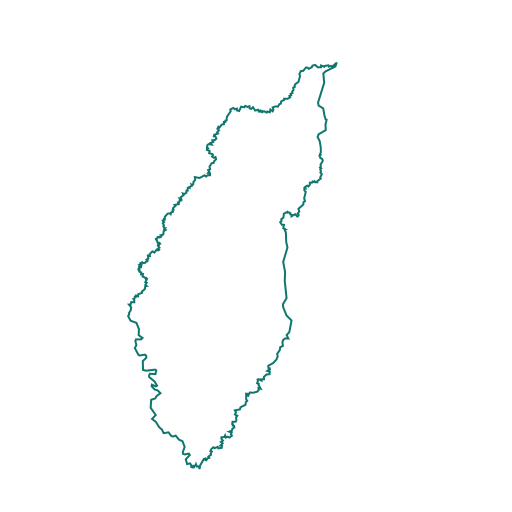 Moei Wadi, Roi Et, Thailand (Mercator projection), rotated 321°
{"feature_id": "78962969B61419736796761", "entity_name": "Moei Wadi", "entity_type": "district", "adm_level": 2, "iso_a3": "THA", "parent_name": "Thailand", "parent_adm1": "Roi Et", "projection": "mercator", "projection_center": [104.111, 16.372], "detail": "fine", "context": "isolated", "style": "outline", "palette": "teal", "viewbox_px": 512, "rotation_deg": 321, "n_neighbors": 0, "source": "geoboundaries", "source_scale": "gbopen_adm2", "svg_char_len": 6105}
<svg xmlns="http://www.w3.org/2000/svg" viewBox="0 0 512 512"><g transform="rotate(321 256 256)"><path d="M118.8,222.2L117.8,227.4L121.0,232.7L119.0,239.2L115.0,243.7L116.2,248.3L114.3,248.5L110.2,245.3L108.8,246.1L106.9,250.0L103.9,251.3L102.4,258.9L103.1,260.2L107.6,262.7L107.9,264.5L106.6,266.1L101.9,266.4L96.5,273.5L98.4,276.0L106.1,280.8L106.5,282.1L103.5,284.5L99.4,280.7L97.4,281.8L96.8,282.9L98.2,289.6L97.5,294.5L96.1,294.3L94.1,290.5L92.9,291.6L93.3,296.1L95.0,298.6L95.4,302.5L90.5,302.3L88.2,303.3L84.0,301.8L78.6,307.7L78.0,316.5L72.7,317.2L73.8,322.0L73.0,328.1L73.7,331.8L72.7,335.5L77.0,338.0L76.9,342.8L78.3,344.3L80.5,345.0L80.6,350.3L82.3,353.7L80.4,359.5L75.6,362.4L74.8,363.9L75.9,365.5L79.4,367.3L79.3,369.0L73.5,369.8L71.5,374.4L74.2,375.6L74.1,377.6L72.9,379.3L73.7,380.4L74.4,379.5L75.1,380.9L75.7,379.9L77.1,380.9L78.3,380.1L77.6,382.4L78.9,383.4L78.2,386.1L80.3,383.8L87.8,380.9L89.1,381.5L88.3,382.8L88.8,383.5L91.0,382.7L92.6,383.4L92.8,381.9L95.9,382.2L96.2,381.2L98.5,380.2L97.8,378.9L100.0,377.9L102.5,377.8L102.9,379.3L106.0,380.2L105.7,381.8L108.6,383.5L110.1,382.1L109.0,380.9L112.2,380.6L111.7,378.4L114.1,378.7L114.1,376.2L115.1,375.1L117.4,376.8L119.1,376.0L118.3,378.1L120.3,378.6L121.1,380.4L124.2,380.5L124.3,378.8L125.9,377.9L124.6,375.6L127.4,376.6L128.7,375.5L131.3,375.6L132.0,374.3L131.2,373.2L132.2,372.4L131.8,371.5L133.4,370.1L136.0,372.0L137.3,371.4L139.0,368.8L140.9,368.4L139.9,365.9L142.1,364.9L142.4,362.7L147.0,365.1L148.8,363.8L154.1,365.0L156.3,363.1L158.0,363.1L158.2,361.2L161.7,356.8L162.5,357.6L161.6,358.8L161.9,359.7L165.3,358.2L167.6,360.4L171.5,362.2L173.7,361.9L174.8,360.2L176.1,362.1L176.9,357.8L177.7,357.1L176.8,355.6L178.8,354.4L179.5,353.0L180.6,353.5L181.8,356.3L182.5,355.2L184.6,356.8L186.1,354.9L189.6,354.7L192.2,356.4L193.8,354.7L192.5,352.5L195.4,353.0L195.9,351.8L195.1,351.1L196.4,349.0L202.0,350.0L206.7,349.3L209.7,347.7L210.8,345.4L215.2,344.1L217.5,342.1L220.3,342.8L222.3,339.6L224.4,338.3L227.0,338.5L229.2,340.5L230.1,336.7L234.0,336.1L243.0,328.5L242.3,321.3L244.9,312.9L246.6,310.4L253.2,308.0L262.7,293.4L268.5,286.8L273.4,277.7L285.8,269.2L288.2,264.3L294.0,256.5L294.8,253.4L295.6,253.8L294.8,251.4L297.3,249.4L295.8,248.0L296.1,244.9L298.0,244.8L298.8,243.3L301.5,243.4L304.2,240.7L308.2,241.4L308.0,242.4L309.2,242.9L309.6,244.3L308.9,245.2L309.6,246.4L308.6,247.5L312.8,248.2L312.9,251.3L313.9,251.5L315.0,251.0L315.1,249.2L317.5,248.8L318.7,246.0L325.1,245.8L326.7,244.1L328.6,244.2L329.8,241.4L335.0,237.5L334.9,235.4L336.3,233.7L337.1,234.7L337.6,233.3L340.0,233.5L340.4,234.9L342.7,234.5L344.0,232.9L345.6,234.2L346.9,233.7L347.5,235.0L348.6,234.8L348.6,236.1L350.1,237.3L351.0,236.4L355.0,236.6L355.4,235.3L358.7,233.8L358.6,231.6L359.7,231.2L360.5,229.0L361.7,229.0L361.5,227.5L362.5,227.5L363.7,225.6L367.8,224.1L368.6,222.3L367.7,220.5L368.5,217.9L369.9,218.0L369.7,217.3L371.8,216.1L374.7,212.3L377.8,206.8L378.8,202.2L381.3,200.8L389.4,202.1L392.7,197.6L396.6,194.6L396.2,193.4L397.2,190.7L401.1,183.6L399.3,178.5L400.8,175.8L418.0,164.3L423.2,156.5L426.3,156.3L436.9,158.7L440.5,156.5L434.1,156.8L434.0,155.5L431.8,154.7L432.3,153.4L428.8,151.4L428.1,151.8L426.5,148.9L425.3,150.2L422.8,148.2L422.2,144.7L419.7,143.6L418.2,144.4L414.7,143.7L414.6,142.0L413.5,141.0L409.1,141.8L407.1,140.5L404.1,142.0L403.6,143.8L398.5,147.4L394.7,147.2L393.1,147.9L392.6,149.0L390.9,148.6L389.5,150.7L387.7,150.9L386.9,152.3L385.0,151.7L384.5,153.2L382.6,152.7L382.3,154.2L379.4,153.7L376.9,151.5L376.2,152.4L372.8,151.7L371.2,153.2L369.6,152.7L367.0,153.7L365.3,152.0L362.5,151.0L361.6,153.2L360.0,154.0L359.4,151.2L357.1,153.0L355.7,150.8L354.5,151.2L353.4,148.6L351.4,148.1L351.9,147.2L350.3,146.6L350.8,145.7L349.1,145.4L349.7,143.7L346.9,142.5L347.3,138.5L344.9,138.7L344.0,137.2L345.2,135.5L343.1,134.7L342.1,132.6L340.4,133.0L338.4,130.6L334.1,132.7L332.8,130.7L333.9,129.5L331.9,128.5L331.6,126.7L328.3,125.9L327.4,127.6L321.0,129.5L318.5,132.1L317.4,131.5L316.5,132.5L315.4,131.6L314.0,133.4L312.1,132.3L308.3,133.2L308.1,131.9L306.1,132.8L306.3,135.1L303.7,135.3L303.6,136.9L299.8,135.5L298.6,136.4L299.7,137.5L299.1,139.8L297.0,140.0L295.0,138.6L294.6,140.5L291.8,139.5L291.7,141.5L289.6,139.2L287.9,139.3L286.2,140.8L286.5,142.1L285.2,141.9L284.6,142.7L286.1,145.1L284.3,146.6L286.3,149.5L286.1,150.5L284.4,151.1L285.1,153.2L286.8,153.6L285.9,155.7L282.9,156.0L281.7,157.0L279.9,156.0L276.1,157.3L274.9,159.7L272.8,159.1L272.7,161.1L271.0,161.3L272.3,162.8L271.1,164.3L269.2,162.8L267.2,162.8L266.8,160.9L261.3,159.9L258.1,156.2L256.6,158.6L253.9,159.1L252.7,160.5L251.3,160.9L250.9,160.0L250.6,161.1L248.1,160.6L247.3,161.4L246.8,160.2L245.7,160.2L244.1,162.2L243.1,161.4L241.5,163.1L239.5,162.7L238.5,161.4L238.0,163.1L234.5,163.0L233.7,164.9L232.8,163.4L232.4,165.4L231.6,164.8L230.0,166.0L229.1,165.4L228.6,167.0L224.9,165.1L224.9,166.3L221.6,166.6L221.0,168.2L220.0,167.9L219.3,169.4L217.7,168.7L216.0,169.8L215.9,168.7L214.1,167.5L209.9,168.1L208.2,170.1L207.1,168.7L207.4,170.1L205.8,169.9L206.0,171.8L204.3,171.8L203.8,174.2L202.7,174.5L202.3,176.7L202.9,177.2L201.5,177.5L202.1,178.9L199.8,178.6L197.6,180.9L195.2,180.0L195.5,180.8L193.8,181.4L192.7,180.3L191.7,181.0L192.2,180.0L191.5,179.4L190.1,180.1L188.1,179.5L189.2,180.3L187.9,183.8L189.2,184.9L189.2,186.1L187.3,185.6L187.2,186.5L186.2,186.4L186.2,188.7L184.3,188.7L184.6,190.2L183.5,190.1L182.6,188.6L179.2,189.4L178.4,187.2L174.3,187.7L173.5,189.3L172.2,187.7L170.7,190.2L169.0,189.9L169.3,190.9L168.3,191.7L167.0,191.0L165.8,191.6L163.8,190.5L163.7,189.3L161.6,188.8L161.5,190.4L160.1,189.7L160.6,191.4L159.6,192.3L158.5,190.8L157.2,192.8L157.0,191.8L156.2,192.3L155.5,195.0L156.5,196.6L155.1,197.9L156.8,198.9L154.9,200.6L156.1,202.6L155.9,204.4L156.9,204.2L157.0,205.1L153.5,206.7L154.2,208.0L151.7,208.9L152.1,210.5L150.9,209.9L148.6,211.8L145.0,211.8L144.2,212.9L140.5,211.6L139.0,213.1L138.0,211.3L137.2,212.2L136.3,211.3L135.0,212.5L133.7,212.3L133.8,213.4L132.3,215.4L130.0,213.3L128.1,214.8L126.7,213.8L126.7,217.3L124.5,219.3L121.4,220.4L120.8,221.6L118.8,222.2Z" fill="none" stroke="#0f766e" stroke-width="2"/></g></svg>